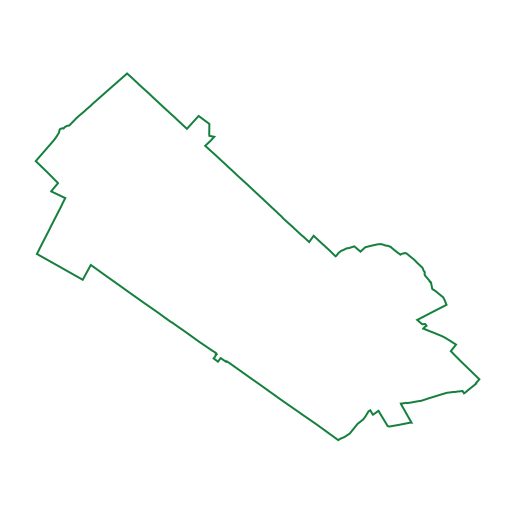 the district of Costesti, Buzau, Romania, rotated 88°
{"feature_id": "2599482B55165348658592", "entity_name": "Costesti", "entity_type": "district", "adm_level": 2, "iso_a3": "ROU", "parent_name": "Romania", "parent_adm1": "Buzau", "projection": "orthographic", "projection_center": [26.756, 45.052], "detail": "fine", "context": "isolated", "style": "outline", "palette": "green", "viewbox_px": 512, "rotation_deg": 88, "n_neighbors": 0, "source": "geoboundaries", "source_scale": "gbopen_adm2", "svg_char_len": 5281}
<svg xmlns="http://www.w3.org/2000/svg" viewBox="0 0 512 512"><g transform="rotate(88 256 256)"><path d="M246.3,474.9L247.3,473.2L247.6,472.8L255.8,459.3L273.7,430.0L259.2,421.4L270.4,406.9L278.4,396.4L288.8,382.9L298.3,370.4L300.5,367.5L302.4,364.9L304.0,362.8L306.1,360.0L308.5,356.8L310.0,354.8L312.8,351.3L319.3,342.9L319.5,342.2L323.9,336.5L325.4,334.5L325.8,333.9L326.9,332.5L327.1,332.1L328.7,330.1L331.2,326.8L339.2,316.5L340.7,314.5L341.6,313.2L341.9,312.8L343.9,310.1L349.1,303.0L350.3,301.1L351.1,300.0L351.9,299.1L352.5,299.6L353.0,298.9L353.1,299.0L353.7,299.5L354.1,299.8L355.5,300.7L356.9,301.9L358.5,299.9L360.3,297.7L356.8,294.9L357.6,293.7L358.4,292.7L360.2,290.3L360.0,290.2L360.7,289.2L360.3,288.8L361.0,287.8L362.6,285.6L378.9,264.3L382.7,259.2L402.9,232.9L403.3,232.3L404.5,230.7L406.1,228.6L408.4,225.5L410.5,222.7L413.4,218.8L416.9,214.2L422.8,206.2L426.0,201.9L442.9,180.2L441.8,178.6L440.0,173.9L436.7,168.5L430.5,163.1L429.6,162.3L427.6,160.6L427.1,160.1L425.4,157.7L423.1,154.6L419.9,152.0L417.8,150.7L415.1,148.9L414.2,147.2L418.7,144.7L418.5,144.3L415.0,139.0L430.5,130.4L431.1,128.9L429.9,120.0L427.9,107.5L428.0,106.4L409.2,116.2L409.0,116.3L408.6,116.4L408.6,116.2L408.6,115.8L408.3,113.5L408.0,111.3L408.3,110.3L408.2,109.3L407.9,106.4L407.7,105.1L407.5,103.8L407.4,103.3L407.1,101.2L406.8,99.2L406.7,97.8L406.6,96.7L406.4,95.6L405.0,90.8L404.4,88.9L403.7,86.3L402.7,82.5L400.5,74.4L399.4,70.1L399.3,69.4L399.1,66.8L398.8,63.7L398.8,61.7L398.5,59.4L398.4,57.1L398.1,54.3L398.7,54.0L400.5,52.9L400.2,52.3L399.4,51.2L397.1,48.3L391.2,40.4L390.7,40.6L390.3,40.2L387.0,37.1L366.9,56.4L366.6,56.6L363.0,60.0L361.9,61.0L357.9,64.6L351.5,59.2L350.6,60.5L350.3,61.0L350.0,61.4L347.4,65.2L345.8,67.6L344.3,69.9L342.9,72.3L341.5,75.3L338.8,81.3L337.5,84.3L336.7,86.2L336.2,87.3L335.3,89.3L334.6,91.0L334.4,90.8L334.2,91.2L333.7,90.7L333.2,90.2L332.8,89.8L332.5,89.3L332.2,88.7L331.8,88.0L331.7,88.0L331.2,88.4L331.1,88.5L330.9,88.6L330.7,88.7L330.4,88.9L330.3,89.0L329.9,89.3L330.0,91.6L330.0,92.0L329.9,92.4L328.6,93.8L325.5,97.1L321.2,88.0L318.1,81.5L315.0,74.9L313.1,70.8L312.5,69.5L311.4,67.3L309.9,67.9L306.8,69.0L304.6,70.0L303.9,70.3L298.6,76.4L297.4,77.7L296.0,79.7L296.0,79.9L294.9,81.1L292.4,81.4L288.5,82.1L287.8,82.6L287.9,83.1L286.4,83.8L283.1,86.4L281.5,87.7L280.6,88.0L280.0,88.2L279.4,88.1L278.8,88.0L278.4,87.9L278.1,87.9L277.7,88.1L277.2,88.5L276.5,89.0L275.2,89.5L274.7,89.6L274.1,89.9L273.8,90.0L273.1,90.4L272.9,90.7L271.9,91.7L271.4,92.2L269.1,94.5L268.5,95.1L267.0,96.4L265.3,98.0L264.6,98.7L263.7,99.8L261.1,102.8L259.2,104.8L258.4,106.2L258.2,106.8L258.5,107.5L258.4,108.1L258.8,109.6L259.2,110.9L259.7,111.6L256.8,115.3L254.4,118.1L252.3,120.4L251.5,121.1L251.4,121.6L251.3,122.1L250.9,122.7L250.7,123.0L250.6,123.3L250.5,123.6L250.3,124.0L250.3,124.5L250.3,125.0L250.3,125.4L250.1,125.8L250.0,126.4L249.7,127.0L249.1,128.6L248.7,129.9L248.4,130.8L248.6,131.4L248.5,132.4L248.6,133.9L248.8,135.3L249.2,137.3L249.3,138.2L251.0,146.3L251.5,147.0L255.3,151.4L249.8,157.4L250.0,158.2L250.2,158.9L251.3,162.6L251.4,163.3L251.4,163.9L251.5,164.7L251.5,165.0L251.7,165.6L252.0,166.2L252.6,167.4L253.4,169.5L253.9,170.7L254.1,171.1L254.6,171.8L255.8,173.4L256.2,173.7L257.5,174.8L258.8,176.0L259.1,176.5L255.6,179.9L253.8,181.5L247.5,187.9L245.8,189.7L243.7,191.8L241.9,193.6L240.3,195.2L237.8,197.7L243.9,202.4L238.2,208.1L238.1,208.3L237.5,209.0L237.0,209.6L233.9,212.7L231.9,214.7L231.3,215.3L230.6,216.1L230.0,216.6L229.2,217.4L228.6,218.0L228.0,218.6L226.3,220.3L225.1,221.6L223.5,223.3L222.3,224.5L219.9,227.0L218.6,228.2L218.2,228.4L217.3,229.3L216.6,229.9L215.5,231.1L214.1,232.5L212.6,233.9L211.2,235.3L210.4,236.1L209.7,236.8L207.9,238.7L206.8,239.7L205.5,241.0L204.6,241.9L204.0,242.5L203.3,243.2L202.3,244.1L201.4,245.1L199.4,247.0L196.8,249.7L194.9,251.6L186.4,260.1L184.7,261.7L174.4,272.3L172.7,273.9L169.9,276.7L166.1,280.6L163.3,283.3L161.5,285.1L159.4,287.3L158.5,288.2L157.2,289.5L156.1,290.6L154.8,291.9L153.5,293.2L152.1,294.6L149.4,297.5L144.5,302.5L144.1,302.9L139.0,297.1L135.4,293.6L134.3,298.4L132.5,298.5L122.4,298.0L114.7,307.6L114.1,308.5L126.5,320.6L124.1,323.0L121.7,325.4L117.1,330.0L113.6,333.4L111.1,336.1L108.6,338.6L103.0,344.3L99.1,348.2L93.6,353.7L91.2,356.0L88.6,358.6L84.7,362.7L82.6,364.8L81.2,366.3L76.3,371.1L73.5,373.9L72.4,375.0L69.1,378.5L70.3,379.9L75.7,386.5L86.0,399.1L99.1,415.0L99.6,415.4L100.1,415.9L100.9,417.0L102.3,418.7L102.9,419.6L105.3,422.3L108.5,426.4L109.8,428.1L111.0,429.5L112.4,431.1L114.2,432.9L114.8,433.6L115.6,434.4L117.0,435.9L118.7,437.6L119.0,437.9L119.1,438.6L119.5,440.7L119.7,441.0L120.1,441.9L120.5,442.5L120.7,442.9L121.1,443.1L121.4,443.4L121.6,443.6L121.9,443.9L121.9,444.1L121.8,444.3L121.6,444.7L121.5,445.1L121.8,445.5L122.0,446.6L122.3,447.3L122.8,447.8L125.8,448.6L129.5,451.0L132.5,453.3L140.2,460.4L145.0,464.9L153.5,472.8L163.3,463.3L165.0,461.7L169.6,457.4L171.9,455.3L174.5,452.9L175.8,451.6L176.4,451.4L183.8,458.1L184.3,458.4L185.8,455.5L188.9,449.5L189.8,447.9L190.8,445.8L191.4,444.6L198.2,448.3L199.3,448.8L218.1,459.3L224.4,462.7L224.7,462.9L226.5,463.9L236.9,469.7L239.8,471.3L241.0,472.0L241.5,472.2L242.4,472.7L243.9,473.5L244.0,473.6L244.4,473.8L244.9,474.1L245.6,474.5L246.3,474.9Z" fill="none" stroke="#15803d" stroke-width="2"/></g></svg>